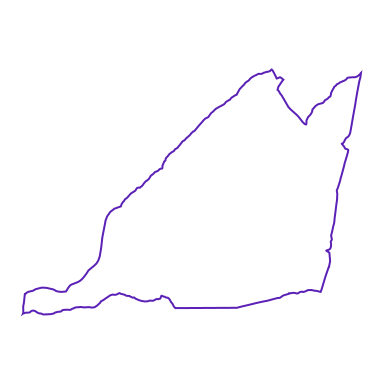 the district of Tisaleo, Tungurahua, Ecuador
{"feature_id": "8360857B823186733653", "entity_name": "Tisaleo", "entity_type": "district", "adm_level": 2, "iso_a3": "ECU", "parent_name": "Ecuador", "parent_adm1": "Tungurahua", "projection": "mercator", "projection_center": [-78.685, -1.36], "detail": "fine", "context": "isolated", "style": "outline", "palette": "violet", "viewbox_px": 384, "rotation_deg": 0, "n_neighbors": 0, "source": "geoboundaries", "source_scale": "gbopen_adm2", "svg_char_len": 5891}
<svg xmlns="http://www.w3.org/2000/svg" viewBox="0 0 384 384"><path d="M45.9,314.4L49.1,314.2L50.4,314.2L52.5,313.8L52.7,313.7L53.7,313.5L55.0,312.6L56.9,312.1L57.5,311.9L60.6,311.6L61.4,311.2L61.9,310.7L62.5,310.1L64.9,309.8L67.6,309.7L69.4,309.9L70.4,309.8L71.4,309.3L72.2,308.8L72.9,308.5L73.9,308.3L74.1,308.0L74.6,307.7L74.9,307.6L76.4,307.4L77.4,307.2L79.5,307.2L80.1,307.0L80.8,307.0L83.1,307.3L83.6,307.4L84.3,307.3L85.6,307.4L86.8,307.2L88.1,307.2L89.2,307.1L91.1,307.5L92.1,307.5L93.0,307.5L94.7,307.2L95.3,306.8L95.8,306.4L96.5,306.0L97.0,305.7L97.4,305.3L99.8,303.1L100.5,302.3L100.6,301.8L101.0,301.3L103.5,300.0L104.6,299.1L106.9,297.6L108.0,296.8L109.1,296.1L110.3,295.3L112.6,294.6L113.1,294.6L114.2,294.8L115.5,294.8L117.1,294.3L119.2,293.1L119.6,293.1L120.5,293.7L124.8,294.8L126.2,295.7L126.8,295.8L129.5,296.0L130.1,296.5L132.6,297.6L134.2,297.5L134.8,298.0L135.2,298.5L138.2,299.8L139.4,300.3L142.2,301.1L142.8,301.1L144.3,301.4L145.9,301.4L147.6,301.3L148.6,301.1L149.2,300.7L149.8,300.6L152.9,300.8L154.1,300.3L156.1,299.2L156.6,299.1L157.0,299.0L157.4,299.1L158.2,299.2L158.8,299.0L159.9,298.8L160.3,298.4L160.7,297.6L161.2,296.1L161.4,295.8L161.8,295.8L162.3,295.9L162.9,296.3L163.3,296.5L164.6,296.7L165.9,297.5L166.5,297.6L167.2,297.6L167.7,297.8L168.1,297.9L169.1,298.8L170.0,300.1L170.5,301.0L170.8,301.8L171.2,302.3L171.8,302.9L172.4,303.7L172.9,304.4L173.1,304.9L173.5,305.9L174.2,306.9L175.1,307.8L175.4,308.1L236.8,307.8L238.4,307.4L241.8,306.5L246.1,305.5L251.2,304.3L256.4,303.0L259.1,302.4L263.8,301.4L267.1,300.8L276.0,298.4L277.8,298.0L278.5,298.0L279.9,297.8L281.5,296.7L282.4,296.0L283.5,295.4L289.2,293.7L289.2,293.2L291.4,293.2L291.9,293.0L293.1,292.8L295.5,293.1L296.7,293.5L297.7,293.4L298.1,293.2L299.5,292.4L299.8,292.1L300.3,291.9L301.6,291.7L302.1,291.7L303.1,292.0L303.9,291.8L304.6,291.6L305.5,291.3L307.4,290.4L307.8,290.1L311.5,290.0L311.8,290.2L313.1,290.3L313.8,290.6L316.5,290.9L320.6,291.9L321.6,289.4L325.4,276.7L328.5,267.7L328.9,267.3L329.0,267.1L329.1,266.8L328.9,266.6L329.3,265.4L329.5,264.3L329.8,262.8L330.0,261.9L330.1,260.7L329.4,252.9L328.0,251.6L327.3,251.4L326.6,251.0L326.4,250.6L326.6,250.4L328.9,249.7L329.8,249.1L330.5,248.1L330.9,246.8L331.1,244.0L330.8,242.2L330.8,241.4L331.5,240.4L331.9,239.2L331.8,238.6L331.4,237.3L331.1,235.4L331.5,234.1L332.4,230.3L333.2,226.5L334.2,222.9L334.8,216.6L335.2,214.0L335.4,212.1L335.6,210.7L336.3,204.9L336.8,201.3L337.0,200.4L337.3,193.9L336.9,191.5L336.8,190.2L337.7,188.3L340.1,180.9L340.6,178.4L341.4,175.8L343.9,166.6L344.8,162.7L345.4,160.9L347.7,153.1L348.2,150.6L348.2,149.9L347.6,149.4L345.4,148.7L344.8,148.1L344.4,147.0L343.1,145.3L342.0,144.1L341.9,143.7L342.7,143.4L343.2,143.0L344.1,141.8L344.8,140.2L346.0,138.2L346.6,137.7L347.2,137.3L347.7,137.1L348.9,135.8L349.8,134.0L350.2,132.7L350.8,129.6L352.4,120.4L353.0,116.9L355.3,104.2L355.9,100.0L356.9,94.2L357.6,90.3L359.3,81.3L360.3,77.8L361.0,72.9L360.7,73.2L359.7,74.6L356.9,76.6L354.8,77.3L353.2,77.2L348.4,77.6L347.4,77.9L346.2,79.4L344.6,80.5L339.8,82.5L339.0,83.3L337.0,84.2L336.6,84.6L336.1,85.4L334.1,87.0L333.8,87.8L332.1,90.8L331.0,93.2L331.0,94.0L330.4,96.3L329.9,96.8L329.1,97.1L327.7,98.6L326.7,99.3L325.1,100.2L323.3,102.6L322.5,103.1L319.0,104.0L318.3,104.2L315.7,105.8L312.4,109.6L312.2,111.5L311.2,113.5L310.3,114.8L308.1,117.1L306.5,120.4L306.4,123.6L306.1,124.4L305.3,124.3L304.7,124.0L302.6,122.0L301.4,120.4L298.7,117.0L298.0,116.2L296.9,115.0L295.4,113.7L290.5,109.3L288.4,107.0L282.3,96.5L281.6,95.3L280.3,93.8L278.8,91.1L277.5,89.8L278.4,86.7L282.3,81.0L283.4,79.7L281.2,77.9L280.3,77.3L279.8,77.3L277.3,78.4L276.7,78.5L274.6,74.1L272.8,70.8L271.7,69.5L270.9,70.0L270.3,70.8L268.7,71.6L266.0,72.0L265.3,72.4L263.8,72.7L261.9,73.8L260.8,73.9L258.7,73.8L257.4,74.3L256.4,75.0L254.6,75.7L251.4,77.6L249.9,79.0L248.7,80.5L246.1,82.2L244.6,83.7L244.2,84.6L242.9,85.7L239.6,89.2L236.5,94.9L235.3,95.2L233.4,96.5L232.5,97.0L231.2,98.0L229.9,99.7L228.2,100.6L227.3,101.1L225.9,102.0L225.2,103.0L223.9,104.4L219.3,106.8L215.7,108.9L213.0,111.6L211.0,113.2L208.2,117.2L205.4,118.5L203.4,120.4L202.8,121.2L202.2,121.9L199.0,125.5L195.5,129.7L194.7,130.7L193.9,131.3L193.0,131.6L192.3,132.4L191.7,132.8L189.6,135.4L189.2,135.7L186.0,138.5L184.8,140.0L184.2,140.5L182.7,141.2L179.3,145.6L178.6,146.3L177.7,147.7L174.9,149.4L174.0,150.9L173.5,151.3L172.1,152.0L170.4,153.3L169.2,154.2L168.6,155.2L166.0,158.1L165.7,158.7L165.5,160.1L165.3,160.7L164.3,161.4L162.4,165.9L162.5,166.6L162.4,168.1L162.1,168.5L160.3,168.8L159.7,169.1L158.0,170.8L157.9,170.8L155.8,171.8L155.1,172.0L152.6,174.5L151.3,175.3L150.6,176.1L149.4,178.2L148.5,179.3L146.5,180.9L146.0,181.1L144.9,182.2L143.4,184.1L142.8,185.1L141.4,186.5L140.8,186.8L139.9,187.7L138.2,187.6L137.3,187.9L136.8,188.3L135.3,190.7L130.9,193.5L126.9,198.0L124.9,199.4L123.8,201.3L123.2,201.7L121.6,204.1L121.0,205.8L120.9,206.4L118.8,207.1L116.4,208.0L114.4,208.7L112.5,210.2L110.6,211.6L110.4,211.8L109.3,213.3L107.0,216.6L106.2,219.0L105.5,220.6L105.3,222.1L102.7,235.5L102.3,237.6L101.7,243.1L101.2,247.5L100.7,250.7L99.7,256.5L98.3,260.5L96.6,263.3L94.5,265.4L89.7,269.4L88.4,270.5L86.6,273.4L83.8,277.1L82.2,278.9L80.6,280.4L78.8,281.6L76.1,282.8L71.8,284.4L70.1,285.4L68.1,288.0L66.5,290.7L66.1,291.4L64.3,291.7L61.4,291.9L59.3,291.7L57.9,291.5L56.1,291.0L54.5,290.0L54.0,289.7L53.0,289.4L52.1,289.1L48.8,288.4L48.1,288.2L46.0,287.8L45.6,287.8L42.0,287.6L38.5,288.4L36.5,289.0L35.8,289.1L35.5,289.3L32.8,290.8L32.0,291.0L28.7,291.7L27.0,292.5L25.5,293.8L24.9,293.9L24.6,296.1L24.4,298.1L24.4,298.3L23.9,302.9L23.4,305.4L23.2,306.4L23.3,311.6L23.2,313.1L23.0,313.6L23.3,313.4L25.6,312.8L25.9,312.7L28.8,312.6L29.3,312.5L29.7,312.4L31.1,311.2L31.8,310.8L32.4,310.7L33.3,310.6L33.6,310.6L35.2,311.1L36.8,312.2L37.4,312.6L38.8,313.2L39.3,313.4L41.3,313.6L42.2,314.1L43.6,314.5L45.4,314.4L45.9,314.4Z" fill="none" stroke="#5b21b6" stroke-width="2"/></svg>